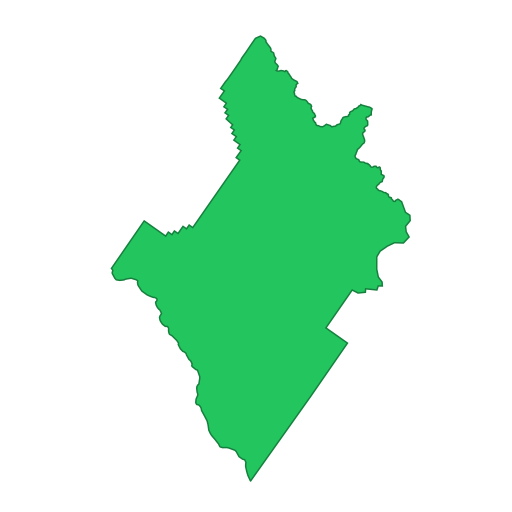 Baker, Oregon, United States of America, rotated 125°
{"feature_id": "52423323B10863123109604", "entity_name": "Baker", "entity_type": "district", "adm_level": 2, "iso_a3": "USA", "parent_name": "United States of America", "parent_adm1": "Oregon", "projection": "mercator", "projection_center": [-117.935, 44.668], "detail": "fine", "context": "isolated", "style": "filled", "palette": "green", "viewbox_px": 512, "rotation_deg": 125, "n_neighbors": 0, "source": "geoboundaries", "source_scale": "gbopen_adm2", "svg_char_len": 5594}
<svg xmlns="http://www.w3.org/2000/svg" viewBox="0 0 512 512"><g transform="rotate(125 256 256)"><path d="M130.6,381.0L139.0,381.0L138.9,376.6L147.7,376.6L147.8,367.9L152.2,367.9L152.1,363.4L156.5,363.5L156.5,359.1L160.8,359.1L161.9,350.4L165.2,350.4L165.2,346.0L169.5,346.0L169.5,340.6L173.8,340.6L173.9,333.0L178.2,333.0L178.2,328.6L186.8,328.7L186.8,324.3L269.0,324.1L269.0,328.5L273.6,328.5L273.6,332.8L282.3,332.8L282.3,337.2L286.7,337.1L286.7,341.5L291.5,341.4L291.4,367.7L349.1,367.3L349.6,365.6L349.8,365.3L350.1,365.0L352.2,364.2L352.7,363.8L355.1,359.1L355.2,358.8L355.6,357.2L355.6,356.7L354.2,353.8L354.0,353.5L351.9,351.1L351.1,350.3L349.8,349.6L347.4,347.2L345.8,345.5L344.1,340.3L344.2,338.6L345.9,337.7L347.6,335.9L347.9,335.2L349.5,331.3L350.2,329.4L350.3,323.0L350.0,321.3L349.7,319.7L348.8,316.4L348.1,315.2L347.9,314.2L347.8,313.6L348.0,312.7L348.2,312.2L349.9,311.5L351.0,311.8L351.5,311.7L353.4,309.7L354.6,307.4L355.0,306.3L355.3,305.3L355.2,304.3L355.6,303.3L356.6,301.5L357.4,300.4L360.5,300.2L361.8,299.7L363.7,297.7L364.4,296.4L365.5,293.5L365.7,290.0L364.7,288.5L364.6,287.8L365.1,286.5L365.8,285.7L366.8,285.2L367.7,284.5L369.4,282.6L369.7,281.9L369.5,278.9L370.6,272.6L371.2,270.9L371.8,269.5L373.2,268.8L375.4,264.7L376.1,261.3L375.7,259.6L375.9,257.4L376.9,256.2L379.2,251.5L379.2,250.7L379.5,249.1L381.0,246.5L382.8,245.6L383.2,244.7L383.5,240.1L383.1,238.4L387.0,233.0L388.3,232.0L393.6,229.4L395.3,229.7L396.8,229.5L398.3,228.7L399.5,227.7L401.4,226.0L402.4,224.6L402.9,224.2L403.8,223.8L407.6,223.0L410.2,221.5L410.7,221.2L411.3,220.2L411.6,219.4L411.5,219.0L411.0,218.0L410.9,217.3L410.9,216.7L411.5,214.8L412.1,213.7L413.8,211.9L416.9,205.7L418.0,203.6L419.0,201.6L421.7,198.5L425.7,194.8L427.5,191.7L428.4,189.6L428.9,187.8L429.8,184.2L430.7,181.3L431.5,178.6L432.5,177.0L432.8,176.3L432.9,175.8L432.1,173.4L429.7,170.1L428.8,168.1L428.7,167.6L427.2,161.8L427.5,160.1L429.8,155.4L430.1,154.9L430.1,150.6L429.9,149.7L429.4,148.7L429.4,148.4L430.8,145.9L433.3,144.5L434.3,143.8L437.9,139.9L440.3,136.9L443.3,131.8L443.3,131.4L339.2,130.7L274.9,131.1L274.8,157.5L228.7,157.7L227.8,151.2L223.0,145.6L220.0,147.4L214.5,137.5L210.4,138.7L208.1,135.3L205.0,137.8L203.1,143.7L197.6,149.5L187.4,156.6L180.9,157.1L172.7,154.1L165.7,150.2L160.8,142.7L152.6,141.5L150.0,146.9L145.9,150.5L138.6,150.0L134.4,153.3L134.5,158.6L127.9,168.0L128.1,168.5L128.0,169.6L128.0,170.4L127.9,171.5L128.1,172.4L129.0,172.7L129.6,173.2L130.5,173.5L131.3,173.3L131.6,173.7L132.1,174.2L132.3,175.0L131.9,175.7L131.6,177.2L131.5,177.8L130.7,178.5L130.8,179.4L131.3,179.9L131.3,181.2L130.6,182.2L129.8,182.8L129.6,183.8L130.0,184.4L129.7,186.1L130.7,187.6L130.7,189.4L131.3,191.6L131.8,192.7L131.9,193.6L131.7,193.9L131.4,194.9L131.5,195.8L131.2,196.5L130.0,197.2L128.6,197.2L126.9,196.7L126.4,196.6L125.7,196.7L124.4,196.4L123.5,195.9L123.1,195.5L122.6,195.3L122.2,195.5L121.1,196.0L120.0,196.3L118.3,196.2L117.4,196.7L117.0,197.0L116.8,197.7L117.1,198.4L117.1,199.5L117.2,200.3L115.7,201.3L114.5,202.1L114.3,203.2L113.5,204.0L112.4,205.0L112.2,205.8L112.8,206.3L113.8,206.8L114.1,207.5L113.8,208.6L113.6,209.1L113.9,209.6L114.4,209.9L114.6,210.6L115.1,210.9L116.3,211.3L117.0,212.3L117.1,213.4L116.6,214.2L116.3,215.6L116.6,216.5L116.2,216.9L116.2,217.6L116.4,218.1L117.1,219.2L117.3,220.0L117.2,220.7L117.4,221.7L118.3,223.0L119.1,224.3L119.2,225.6L118.6,226.3L118.2,227.3L118.8,229.7L118.0,231.6L117.0,232.5L115.6,232.5L114.3,233.0L112.2,233.4L110.6,234.0L109.3,233.6L107.1,233.2L104.1,233.0L103.1,232.9L101.3,232.3L99.5,232.9L98.3,234.0L97.8,234.8L97.0,235.8L95.7,237.8L94.9,238.7L94.1,238.9L93.6,239.1L92.4,238.7L91.4,238.4L90.3,238.9L90.2,240.0L89.5,240.8L87.8,240.8L86.2,240.1L85.3,239.5L84.3,239.8L83.8,240.2L81.5,241.9L81.3,242.6L81.1,243.8L80.8,244.4L80.2,244.8L79.6,245.0L79.4,245.2L78.5,245.1L78.0,244.1L76.3,243.6L74.8,243.1L74.3,242.5L73.6,243.0L73.2,243.3L72.2,244.0L70.7,244.7L69.1,245.2L68.7,245.6L68.9,248.2L69.8,250.5L71.0,253.9L71.8,256.2L71.8,257.0L72.9,257.0L74.3,257.8L75.6,257.7L76.8,258.3L77.6,258.4L79.2,259.9L81.6,260.1L83.7,261.4L84.9,261.5L86.3,260.6L87.4,261.1L88.4,260.5L89.7,261.4L90.2,262.3L91.5,263.3L92.1,263.9L92.6,264.1L93.6,264.1L94.6,263.9L96.0,264.0L97.3,263.6L98.4,263.1L99.7,263.0L102.0,264.9L104.2,265.4L105.2,266.7L106.7,268.0L106.7,269.0L106.5,269.9L106.9,271.1L107.4,272.7L107.7,273.9L109.1,274.4L109.8,274.5L112.0,275.6L113.2,277.8L113.4,279.4L114.3,281.4L113.6,282.6L112.7,283.7L112.9,284.6L112.3,285.2L112.1,286.6L111.1,287.8L110.6,288.6L109.8,288.2L109.0,287.6L107.9,287.6L107.8,287.3L107.0,287.8L106.6,288.8L105.9,289.7L105.6,291.3L105.6,291.9L105.4,292.4L104.8,292.8L104.2,294.3L103.2,295.9L102.3,296.1L101.5,296.3L100.6,297.8L100.6,299.2L101.0,300.7L100.5,301.8L99.9,303.8L99.9,305.1L100.2,305.9L100.8,306.8L101.7,308.4L102.2,310.9L102.5,313.3L102.1,314.8L102.6,315.5L101.8,316.8L100.8,317.7L100.1,318.8L99.1,319.2L98.4,319.0L97.3,319.9L96.3,320.3L95.3,320.1L94.1,320.3L93.1,321.2L91.4,321.2L90.6,320.8L89.6,322.5L89.9,324.6L90.1,326.3L90.1,328.5L89.3,330.1L88.7,331.9L88.1,332.9L87.8,334.5L86.8,335.9L86.8,337.7L87.4,338.1L88.1,337.9L88.5,338.3L88.7,339.8L89.7,341.9L91.4,343.3L92.3,344.7L92.4,345.8L91.8,345.6L90.7,345.8L87.8,346.7L87.2,348.3L86.9,350.2L86.7,351.1L85.9,352.2L84.6,352.5L82.8,353.0L81.7,355.6L80.6,356.9L79.5,358.1L79.7,361.1L78.8,361.9L78.1,362.3L77.3,363.4L76.8,364.9L76.2,366.8L75.8,368.1L75.3,369.4L74.9,370.8L74.1,371.1L73.4,372.2L72.9,374.4L73.3,378.5L78.0,381.3L83.7,381.3L94.5,381.1L102.1,381.2L104.4,380.8L116.6,380.7L127.9,380.7L130.6,381.0Z" fill="#22c55e" stroke="#15803d" stroke-width="1.5"/></g></svg>